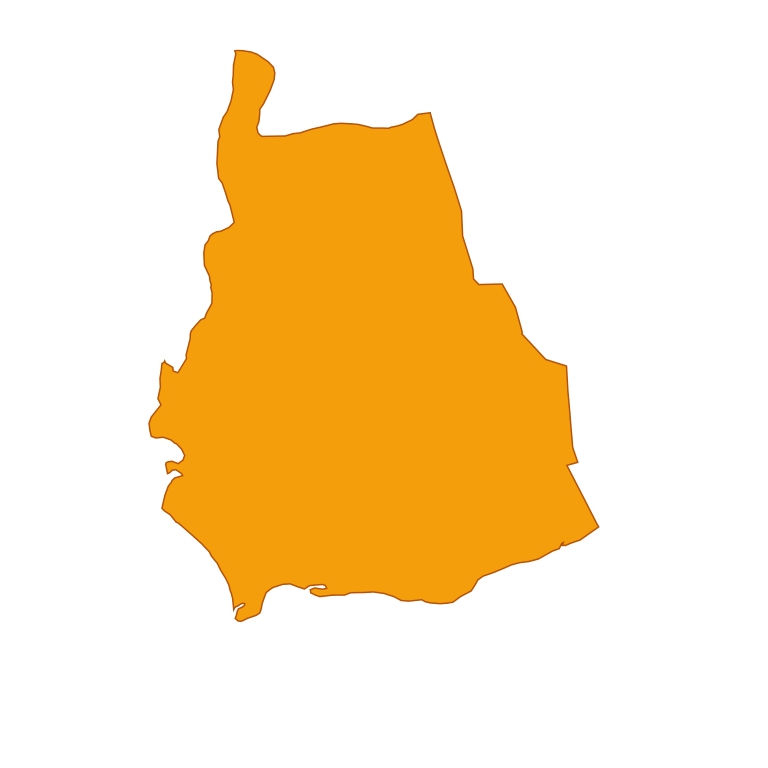 outline of Tama, Suhaj, Egypt, rotated 109°
{"feature_id": "37247803B5321471482777", "entity_name": "Tama", "entity_type": "district", "adm_level": 2, "iso_a3": "EGY", "parent_name": "Egypt", "parent_adm1": "Suhaj", "projection": "orthographic", "projection_center": [31.431, 26.874], "detail": "fine", "context": "isolated", "style": "filled", "palette": "amber", "viewbox_px": 768, "rotation_deg": 109, "n_neighbors": 0, "source": "geoboundaries", "source_scale": "gbopen_adm2", "svg_char_len": 3555}
<svg xmlns="http://www.w3.org/2000/svg" viewBox="0 0 768 768"><g transform="rotate(109 384 384)"><path d="M112.5,428.7L118.0,439.8L124.3,443.0L125.3,443.7L127.9,446.4L132.3,450.8L135.4,454.9L139.0,461.0L140.7,462.9L142.6,469.0L145.7,478.0L146.1,484.3L147.0,493.0L148.7,499.8L151.5,509.5L154.4,516.3L158.0,521.7L161.6,527.3L166.2,534.8L170.7,540.9L173.8,544.9L176.9,551.5L181.7,558.2L189.5,579.7L189.5,580.9L187.8,584.7L182.8,587.9L179.5,587.8L176.3,587.8L169.7,589.3L164.7,590.9L158.2,589.1L143.5,587.2L132.0,587.0L125.5,588.5L120.5,591.7L118.8,595.0L118.4,595.8L117.1,598.3L113.5,611.4L113.4,618.0L114.9,626.3L116.4,631.2L117.5,633.5L120.0,631.6L131.5,630.1L141.4,627.0L148.0,625.5L154.6,622.3L166.1,620.8L177.5,621.0L184.1,622.8L190.6,622.9L197.2,623.0L203.8,619.8L208.7,619.9L230.1,613.7L236.7,610.5L243.4,607.3L246.7,602.4L255.0,595.9L261.7,591.1L265.0,587.9L270.0,584.6L275.0,581.4L280.0,578.2L283.2,579.9L286.5,581.6L291.3,586.6L292.9,588.3L293.7,590.1L294.5,591.7L296.1,593.3L297.7,595.0L300.9,596.7L305.8,596.8L308.1,597.6L310.7,598.5L318.9,597.0L330.5,592.3L335.4,587.5L338.8,584.2L342.2,582.6L347.1,579.3L348.8,579.4L353.8,576.2L363.7,573.0L375.1,574.9L380.0,574.9L381.6,576.6L383.2,578.3L387.7,580.2L389.3,580.9L391.3,581.7L396.2,583.5L399.5,583.5L404.4,582.0L420.9,580.6L424.2,579.0L431.2,580.5L440.5,582.6L440.4,584.2L440.4,587.5L437.1,589.1L435.3,597.3L433.6,598.9L435.2,599.0L436.9,600.6L440.4,599.8L443.4,599.1L451.7,597.6L459.9,594.4L471.4,593.0L474.7,589.7L476.4,588.1L491.1,593.3L497.6,593.4L504.2,590.2L509.2,587.0L509.2,585.4L509.3,582.1L506.2,575.4L506.2,572.1L506.3,567.2L508.1,562.3L508.1,560.6L511.5,554.1L514.7,550.9L516.5,549.2L521.4,549.3L526.3,552.7L526.1,559.3L527.7,562.6L529.3,564.3L531.0,564.3L539.2,559.5L537.6,557.8L534.4,556.1L532.8,552.8L534.6,546.2L536.2,544.6L541.0,551.3L544.3,553.0L545.9,553.0L550.8,554.7L555.7,554.8L560.6,554.9L565.6,554.4L573.8,553.5L575.5,550.2L577.2,543.6L578.5,541.5L580.3,538.7L582.3,535.5L582.3,533.8L584.1,528.9L587.5,520.7L590.9,512.5L594.4,504.3L596.1,501.1L599.5,494.5L602.8,491.3L607.9,483.1L612.9,478.2L619.6,470.1L624.6,465.2L629.6,462.0L631.3,460.4L636.3,457.2L646.3,452.6L643.6,452.2L640.9,449.5L638.1,447.4L637.1,445.4L637.1,444.0L639.1,444.0L641.5,445.7L643.9,448.4L646.7,448.7L650.8,448.3L654.2,448.3L655.5,444.8L655.1,442.4L653.7,440.4L649.9,436.7L644.4,429.6L640.9,426.9L636.8,426.9L631.4,427.7L625.3,427.7L619.5,427.5L614.7,424.4L612.2,422.4L612.0,422.1L611.7,421.7L610.6,420.1L606.4,414.6L605.0,411.2L603.5,407.6L603.8,399.4L603.7,392.5L598.9,388.8L596.4,383.4L593.6,376.9L593.6,373.8L595.9,371.7L598.0,375.1L599.5,383.3L602.6,386.7L605.3,385.3L605.9,380.2L605.9,375.4L600.3,363.8L596.4,352.6L592.2,347.5L587.7,335.2L584.1,326.4L582.0,315.8L582.0,314.3L582.0,314.2L581.8,305.5L583.1,297.3L581.3,290.1L575.7,278.1L576.4,274.3L575.9,268.9L573.4,259.3L570.6,252.8L567.8,247.7L559.9,242.3L551.3,234.2L543.5,232.3L539.0,231.6L537.9,230.9L533.5,227.9L526.6,219.1L519.4,211.0L513.5,204.6L508.9,197.8L504.7,189.3L499.2,181.1L487.1,170.3L482.6,164.7L479.8,164.4L476.7,163.9L475.6,162.8L478.6,162.8L477.5,159.7L473.8,155.7L469.0,149.6L467.9,148.0L457.1,140.2L449.2,134.5L448.5,135.4L447.3,136.8L427.8,157.0L401.4,184.6L395.0,175.3L382.6,184.9L361.4,194.3L349.2,199.6L330.2,208.1L326.0,209.8L307.6,217.3L308.2,239.1L291.7,270.0L290.1,270.1L268.8,284.6L268.0,285.5L251.0,304.8L259.1,326.7L255.6,333.5L246.6,337.3L245.1,338.3L218.4,357.9L195.3,367.0L175.5,381.5L157.2,395.9L155.8,397.0L136.6,411.7L125.6,419.8L112.5,428.7Z" fill="#f59e0b" stroke="#b45309" stroke-width="1.5"/></g></svg>